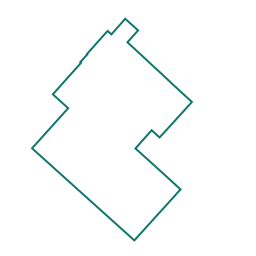 outline of Mayor Luis J. Fontana, Chaco, Argentina, rotated 42°
{"feature_id": "61730980B614313343840", "entity_name": "Mayor Luis J. Fontana", "entity_type": "district", "adm_level": 2, "iso_a3": "ARG", "parent_name": "Argentina", "parent_adm1": "Chaco", "projection": "equal_earth", "projection_center": [-60.743, -27.701], "detail": "fine", "context": "isolated", "style": "outline", "palette": "teal", "viewbox_px": 256, "rotation_deg": 42, "n_neighbors": 0, "source": "geoboundaries", "source_scale": "gbopen_adm2", "svg_char_len": 807}
<svg xmlns="http://www.w3.org/2000/svg" viewBox="0 0 256 256"><g transform="rotate(42 128 128)"><path d="M208.1,138.5L188.3,138.3L153.3,138.2L147.2,138.2L147.1,113.8L147.8,113.8L157.8,113.9L157.9,102.0L158.1,65.9L148.0,65.8L129.0,65.6L127.9,65.5L127.2,65.5L109.7,65.2L107.7,65.2L105.7,65.2L93.5,65.0L91.5,64.9L89.5,64.9L71.4,64.7L70.2,64.6L70.2,50.4L70.2,48.7L52.8,48.7L52.9,50.6L52.9,53.4L53.0,69.1L53.0,69.6L47.9,69.5L47.9,74.3L47.9,82.3L48.0,100.5L48.5,100.6L48.5,111.0L49.5,111.0L49.5,113.8L49.6,150.8L49.6,153.2L52.0,153.3L61.7,153.3L70.3,153.3L70.3,180.8L70.3,182.9L70.3,189.5L70.3,198.4L70.3,206.9L70.3,207.3L107.4,207.3L123.0,207.3L125.9,207.3L207.9,207.3L208.0,178.9L208.0,171.8L208.1,163.3L208.1,162.6L208.1,160.1L208.1,138.7L208.1,138.5Z" fill="none" stroke="#0f766e" stroke-width="2"/></g></svg>